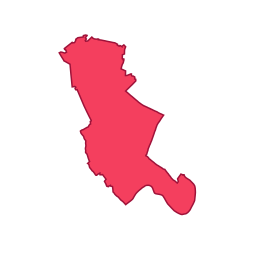 Salienas pag., Daugavpils, Latvia (orthographic projection), rotated 134°
{"feature_id": "27541924B74308998614766", "entity_name": "Salienas pag.", "entity_type": "district", "adm_level": 2, "iso_a3": "LVA", "parent_name": "Latvia", "parent_adm1": "Daugavpils", "projection": "orthographic", "projection_center": [26.895, 55.819], "detail": "fine", "context": "isolated", "style": "filled", "palette": "rose", "viewbox_px": 256, "rotation_deg": 134, "n_neighbors": 0, "source": "geoboundaries", "source_scale": "gbopen_adm2", "svg_char_len": 5430}
<svg xmlns="http://www.w3.org/2000/svg" viewBox="0 0 256 256"><g transform="rotate(134 128 128)"><path d="M86.9,163.4L89.6,164.6L90.9,165.2L92.0,166.3L88.6,169.4L89.1,170.7L89.9,173.1L90.2,173.6L90.3,173.7L90.3,174.0L90.2,174.1L87.6,175.6L86.1,176.3L84.5,176.7L84.3,176.8L81.9,178.2L82.2,178.7L82.3,178.9L81.4,179.1L82.1,180.3L79.2,182.9L77.2,182.0L74.8,184.2L74.0,184.8L73.2,185.3L72.9,185.4L72.6,185.5L71.2,186.1L71.1,188.7L73.5,189.1L73.7,188.9L73.9,190.0L74.0,190.3L74.2,190.6L74.2,190.9L74.3,191.1L75.0,191.0L75.3,191.4L75.6,192.2L75.6,192.6L75.5,192.9L74.9,193.0L75.5,192.9L75.5,193.1L75.7,193.3L75.5,193.5L75.1,193.7L75.2,194.0L75.3,194.3L75.2,194.4L75.6,195.7L75.8,196.4L75.9,196.7L76.6,197.7L77.2,198.6L77.6,199.3L80.3,203.5L80.9,204.5L83.4,208.4L84.3,209.6L84.7,210.3L85.0,210.6L84.5,210.9L84.6,211.1L84.8,211.5L85.4,211.9L85.9,212.3L86.5,213.0L87.0,213.7L87.2,214.0L87.4,214.3L87.5,214.8L87.5,215.0L87.8,215.6L87.8,215.9L87.7,216.3L87.7,217.2L93.4,217.4L95.0,218.7L94.8,219.5L92.9,219.8L92.7,221.4L89.9,221.6L89.8,221.8L90.6,223.1L92.5,224.3L93.7,223.5L96.2,225.5L97.9,226.8L100.4,227.2L100.5,226.8L102.9,225.9L103.9,225.9L105.5,227.2L105.3,227.7L106.3,227.8L115.1,229.0L115.5,228.2L115.1,227.6L115.4,227.1L115.1,226.5L115.9,225.6L116.2,224.9L118.0,225.5L119.2,227.9L120.0,229.1L121.7,229.7L122.9,225.4L123.9,221.3L124.2,220.8L123.5,218.3L122.4,214.0L129.4,205.9L137.2,196.7L135.2,195.2L134.9,194.7L134.8,194.4L134.9,194.0L134.9,193.9L135.0,193.9L136.3,193.6L136.4,193.4L136.8,192.3L136.8,192.1L136.6,191.8L136.2,191.6L135.7,191.3L142.7,174.8L143.4,172.9L144.9,168.9L146.9,163.3L148.1,159.7L148.4,159.4L148.6,159.4L149.4,159.7L149.5,159.7L150.4,158.5L151.2,157.7L151.6,158.0L153.2,157.9L154.0,157.6L154.3,157.5L154.7,157.4L155.4,157.6L155.7,157.7L155.8,157.8L156.0,157.9L160.6,159.2L160.7,159.3L161.2,159.7L163.1,160.1L163.3,160.1L164.4,158.1L164.7,155.9L164.8,154.5L164.9,154.2L165.0,153.9L165.1,153.7L165.9,152.4L166.2,151.6L166.3,151.1L166.4,149.8L166.5,149.6L166.6,149.4L167.1,149.0L168.4,147.9L169.5,146.5L170.1,145.9L170.9,145.3L171.8,144.8L172.0,144.7L172.5,144.2L173.0,143.6L173.4,143.0L173.8,142.6L174.4,142.1L174.8,141.8L174.9,141.6L175.1,141.4L175.2,141.2L175.2,140.9L175.1,140.2L175.3,139.8L175.3,139.6L175.3,139.2L177.2,135.8L178.2,133.9L178.7,132.4L181.5,132.4L181.4,132.1L181.5,130.7L183.0,128.3L183.2,127.4L183.3,126.3L183.7,123.9L183.6,123.4L183.5,123.0L183.6,122.2L183.9,120.4L184.2,119.3L184.3,118.4L184.2,118.2L183.7,117.7L182.4,117.6L180.5,117.1L180.0,116.9L181.1,115.7L180.3,114.8L179.9,114.4L179.5,114.3L179.2,113.9L180.1,108.2L182.7,107.9L183.4,105.7L183.7,105.0L183.9,104.3L184.2,103.9L184.3,103.6L184.6,102.9L184.6,102.7L184.4,102.5L184.3,102.1L184.1,102.0L183.9,101.4L183.7,101.3L183.5,101.5L183.4,101.5L183.0,101.3L182.6,101.2L181.9,100.9L181.6,100.8L181.7,100.7L181.9,100.2L180.9,98.5L182.5,96.4L184.4,94.3L184.4,93.4L184.4,93.0L184.6,92.1L184.8,91.3L184.8,90.3L184.8,89.0L184.6,87.8L184.4,86.9L184.6,85.4L184.8,83.2L184.5,80.7L184.5,79.5L184.6,78.2L184.6,77.9L184.7,77.0L184.7,76.4L184.2,76.4L178.5,75.5L176.4,75.3L175.9,75.3L174.9,75.5L172.7,76.1L169.9,76.7L168.0,76.8L165.4,76.7L162.9,76.4L160.8,76.2L159.0,75.7L157.7,75.5L156.8,75.1L156.5,74.9L155.9,74.4L155.1,73.6L154.5,72.9L154.0,71.5L153.8,70.7L153.9,69.3L154.1,68.7L156.1,64.5L156.3,64.0L156.3,63.3L155.9,62.2L154.1,59.6L153.2,58.1L152.8,57.3L152.7,56.9L152.6,56.3L152.6,55.6L152.7,55.0L152.8,54.7L153.0,53.9L153.2,53.0L154.2,49.8L155.0,46.8L155.3,41.1L155.4,37.3L154.8,34.2L154.3,32.5L153.7,30.8L153.2,29.7L152.9,29.3L152.7,29.0L151.1,28.0L149.6,26.9L149.2,26.7L148.3,26.5L147.4,26.3L146.1,26.3L144.4,26.4L143.4,26.6L141.2,27.3L137.3,28.4L134.8,29.3L134.3,29.5L133.9,29.7L133.1,30.3L130.3,32.5L129.3,33.3L128.2,34.2L127.9,34.4L126.5,35.8L124.7,37.8L123.4,39.6L123.1,40.6L122.8,41.7L122.7,43.8L122.6,47.3L122.7,47.8L123.2,50.1L123.5,51.8L123.5,53.3L123.3,53.9L122.7,55.2L123.3,55.8L123.7,55.7L123.8,56.5L124.0,57.1L124.3,57.4L124.4,57.9L130.0,57.1L130.1,56.9L130.5,56.5L130.6,56.2L130.8,55.8L131.1,55.4L131.2,55.2L131.4,54.9L131.6,54.6L133.4,54.4L133.5,56.6L133.5,57.0L133.5,57.5L133.8,58.7L134.0,58.9L133.9,62.2L133.7,63.0L133.6,63.3L133.4,64.7L133.3,65.4L133.3,66.1L133.0,67.1L132.9,68.8L132.7,69.8L132.6,70.6L132.2,72.8L132.4,73.1L132.7,73.4L133.0,74.2L133.1,74.7L133.2,76.0L133.7,78.0L134.1,80.0L134.7,82.4L134.6,82.6L134.8,83.8L134.8,84.4L134.8,85.1L135.2,88.9L135.2,90.3L135.4,90.7L135.5,91.7L135.2,92.2L135.1,94.2L135.5,95.5L135.6,95.9L134.7,96.3L134.0,96.3L133.9,96.3L131.9,97.4L130.3,98.1L129.5,98.7L128.5,99.2L127.2,99.7L125.4,100.5L124.6,100.7L122.4,101.6L122.0,101.8L120.8,102.2L114.1,105.3L112.3,106.2L110.2,107.0L109.5,107.4L107.8,108.3L107.6,108.3L105.9,109.1L104.8,109.4L103.6,109.7L102.3,109.9L101.8,109.9L98.0,110.7L94.0,111.3L94.4,112.4L94.9,114.0L94.9,113.9L95.2,114.6L95.9,116.7L96.2,118.3L97.1,120.6L97.7,122.4L98.0,123.5L98.2,124.0L98.5,124.6L98.4,124.6L98.7,125.6L98.8,125.8L99.1,126.7L99.2,126.9L99.5,127.6L99.7,128.5L100.1,129.5L100.4,130.4L100.4,130.5L101.0,131.8L100.9,132.0L101.0,132.3L101.2,132.7L101.6,134.8L102.1,138.3L102.1,139.6L102.3,142.2L102.5,145.5L102.6,147.1L102.8,148.9L102.8,149.6L102.9,152.2L103.1,155.4L96.0,155.2L94.0,155.1L91.1,155.1L89.2,155.1L88.7,155.1L88.3,155.5L87.6,156.3L87.9,156.7L88.1,157.3L87.3,157.8L86.6,158.7L86.7,159.1L86.9,159.3L86.9,160.1L87.4,160.7L87.9,161.6L87.5,162.5L86.8,162.9L86.9,163.2L86.9,163.4Z" fill="#f43f5e" stroke="#9f1239" stroke-width="1.5"/></g></svg>